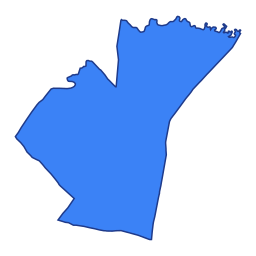 Kong Pisei, Kâmpóng Spœ, Cambodia
{"feature_id": "14789045B51909303537300", "entity_name": "Kong Pisei", "entity_type": "district", "adm_level": 2, "iso_a3": "KHM", "parent_name": "Cambodia", "parent_adm1": "Kâmpóng Spœ", "projection": "orthographic", "projection_center": [104.699, 11.314], "detail": "fine", "context": "isolated", "style": "filled", "palette": "blue", "viewbox_px": 256, "rotation_deg": 0, "n_neighbors": 0, "source": "geoboundaries", "source_scale": "gbopen_adm2", "svg_char_len": 4968}
<svg xmlns="http://www.w3.org/2000/svg" viewBox="0 0 256 256"><path d="M151.5,239.5L152.2,231.7L153.1,224.2L153.5,221.8L154.8,216.5L156.2,209.2L157.2,204.1L157.9,200.4L158.6,196.9L159.5,193.1L159.5,191.9L160.9,185.4L161.3,182.9L161.8,180.2L162.3,177.5L166.3,154.8L166.0,150.5L166.0,149.0L165.6,143.0L165.7,141.5L167.1,134.1L169.5,121.5L170.9,118.6L173.1,115.7L175.2,113.0L177.2,110.3L180.6,105.7L183.3,102.0L185.7,98.7L187.4,96.6L188.6,95.2L191.1,92.0L192.9,89.3L199.3,82.5L200.2,81.6L201.4,80.4L204.0,77.5L207.1,74.1L208.5,72.7L212.6,68.4L216.7,64.0L217.2,63.5L231.9,48.0L232.6,47.1L233.4,45.7L235.4,42.5L236.1,41.3L240.5,33.5L239.9,33.1L239.7,32.6L239.8,31.7L240.2,30.9L240.6,30.3L240.1,29.9L239.4,30.2L238.9,31.0L238.6,31.4L238.1,31.4L237.4,31.1L237.0,30.7L236.8,30.2L236.4,29.7L235.7,29.3L235.0,29.4L234.6,29.9L234.8,30.4L235.2,31.0L235.3,31.4L235.2,32.2L234.6,33.0L234.3,33.6L234.6,34.4L235.1,34.8L235.6,35.1L235.3,36.2L234.6,37.0L234.2,37.4L233.6,37.5L232.5,37.0L231.3,37.1L230.6,37.2L230.0,37.4L229.4,37.2L228.9,37.1L228.5,36.6L229.1,36.3L229.5,36.0L230.0,35.7L230.7,35.3L231.1,34.8L231.3,34.3L231.4,33.6L232.0,32.9L232.2,31.9L232.1,31.4L231.4,31.2L231.0,32.0L230.0,32.0L229.5,31.4L228.9,31.1L228.4,31.2L228.2,31.9L228.2,32.7L227.9,33.1L226.6,32.5L226.0,32.2L225.3,32.4L224.9,32.6L224.3,32.7L223.7,32.7L223.4,32.3L223.9,31.5L224.7,30.7L224.6,29.9L224.7,29.3L225.1,28.7L225.5,28.1L225.9,27.8L226.1,27.2L226.6,26.3L226.2,26.0L225.5,25.4L225.1,25.0L224.5,24.3L223.8,23.9L223.4,24.0L223.0,24.6L223.4,25.1L224.0,25.8L224.5,26.6L224.5,27.2L224.1,27.7L223.1,28.1L222.4,28.3L221.9,28.6L221.6,29.3L221.2,29.9L220.8,30.7L220.2,31.6L219.8,32.0L219.5,32.4L218.9,32.5L217.8,32.0L217.0,31.6L215.1,31.1L214.7,30.7L214.6,30.0L215.3,29.6L215.9,29.0L216.2,28.5L216.0,27.7L215.6,27.3L214.4,27.1L213.7,27.1L213.2,27.0L212.8,27.3L212.5,27.7L211.4,28.1L211.2,28.4L211.1,29.1L210.6,29.8L210.4,29.2L210.4,28.7L210.3,27.6L209.9,26.9L209.1,27.0L208.3,27.3L207.9,27.3L207.0,26.8L206.6,26.0L206.6,25.1L207.2,24.1L207.1,23.6L206.5,23.1L206.0,23.0L205.5,23.4L205.1,24.3L205.0,25.0L205.1,25.9L205.1,26.6L204.8,27.2L204.6,28.0L204.2,29.0L203.4,29.7L202.7,29.6L201.5,29.2L200.7,28.8L200.2,28.6L199.5,28.4L198.3,28.2L197.7,28.1L196.7,28.2L196.0,28.0L195.5,27.3L195.3,26.3L194.9,25.8L194.1,25.6L193.5,25.9L192.7,26.3L192.2,26.5L191.4,26.7L190.9,26.4L190.4,25.8L190.0,24.1L189.8,22.9L189.5,22.5L189.0,22.1L187.7,21.6L186.8,20.8L186.5,20.4L185.7,18.9L184.9,18.6L184.1,18.8L182.7,19.8L182.3,20.5L181.4,21.6L180.4,21.5L179.9,21.2L179.5,20.9L179.4,20.4L179.4,19.8L179.6,19.4L179.8,18.9L179.9,18.3L179.8,17.7L179.5,17.3L179.0,16.7L177.6,16.4L176.8,17.0L176.3,18.1L175.8,19.0L175.3,19.6L174.9,19.9L174.4,20.4L173.8,21.1L173.1,21.5L172.5,21.6L171.8,21.6L171.0,21.6L170.4,21.6L169.7,22.0L169.2,22.4L168.7,22.8L167.8,23.8L167.0,24.4L166.2,24.8L165.0,25.1L164.1,25.2L163.1,25.5L162.4,25.6L160.8,25.6L160.3,25.4L159.8,25.3L159.1,25.2L158.6,25.1L157.9,24.7L157.5,24.4L156.7,22.3L156.8,21.7L157.0,21.0L156.8,20.0L156.4,19.7L155.8,19.5L155.2,19.8L154.5,19.6L154.0,19.4L153.3,19.2L152.8,19.0L151.8,18.7L151.1,18.8L150.5,19.3L150.1,19.9L149.6,21.3L149.4,22.0L149.4,22.6L149.3,24.0L149.2,24.8L148.5,25.4L147.4,25.7L146.4,26.2L145.8,26.7L145.4,27.3L144.9,29.3L144.6,30.1L144.4,30.7L144.0,31.4L143.0,31.8L142.1,32.0L141.3,32.1L140.6,32.2L140.1,31.8L139.4,31.2L139.0,30.7L138.2,29.8L137.5,28.7L137.1,28.1L136.1,27.5L135.6,27.5L134.8,27.5L134.0,27.5L133.3,27.5L132.2,27.1L131.6,26.4L131.1,26.0L130.5,25.2L129.5,24.2L128.7,23.5L128.3,23.1L127.4,22.0L127.0,21.3L126.4,20.7L125.8,20.5L125.2,20.4L124.7,20.3L124.1,20.3L123.3,20.3L122.7,20.4L121.4,19.6L120.9,20.5L119.3,31.1L119.0,33.1L116.9,46.3L118.5,59.8L117.8,67.8L116.2,86.2L116.0,86.8L115.4,86.7L111.5,82.8L109.6,80.8L107.7,79.0L104.9,74.9L102.6,72.2L100.6,69.9L99.6,69.4L98.5,68.2L92.5,61.8L91.6,61.2L89.7,61.1L88.6,60.6L88.1,60.5L86.9,60.6L86.4,61.1L86.1,61.8L86.0,64.4L86.0,65.9L84.8,66.5L83.6,66.5L82.7,67.5L81.6,68.1L80.2,68.2L78.4,73.8L77.7,74.5L76.7,74.5L76.2,74.4L75.3,74.7L74.6,74.9L73.9,74.9L73.1,74.8L72.2,75.1L71.5,75.9L70.5,76.3L69.5,76.8L68.0,77.4L67.1,78.1L67.2,78.6L67.4,79.7L67.8,80.5L68.4,81.2L69.8,81.4L71.2,81.4L72.6,81.6L74.3,82.4L74.8,83.0L75.4,83.9L75.2,85.0L74.4,86.3L72.7,87.4L70.9,88.1L68.8,88.4L67.1,88.6L59.8,88.3L56.7,88.3L55.1,88.3L53.6,88.2L51.1,89.0L48.2,92.6L45.5,96.0L42.8,99.6L39.1,102.4L37.0,104.8L31.5,112.3L26.4,119.8L21.2,127.6L18.4,132.4L16.3,135.3L15.4,136.6L15.7,137.1L16.9,139.0L20.7,142.6L23.9,146.5L27.1,152.1L30.6,155.5L32.2,157.4L36.2,159.4L39.3,160.8L41.8,163.6L42.7,164.6L45.4,168.0L51.0,173.9L55.0,178.8L58.1,182.8L58.6,183.7L59.1,184.6L60.5,186.1L74.2,198.5L67.8,207.9L62.9,213.4L58.0,220.0L59.8,220.6L62.9,221.5L65.3,222.3L67.0,222.5L68.6,222.7L73.4,225.2L76.1,225.2L84.1,226.4L89.6,227.7L95.0,228.8L99.4,229.9L103.7,230.7L105.8,230.8L106.7,231.0L112.2,231.1L116.3,230.7L121.1,230.6L127.4,232.3L138.0,235.2L148.4,239.1L150.0,239.6L151.0,239.5L151.5,239.5Z" fill="#3b82f6" stroke="#1e3a8a" stroke-width="1.5"/></svg>